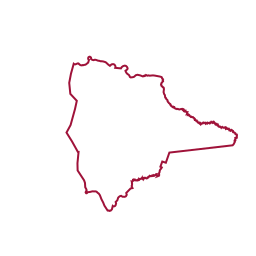 Nanton, Northern, Ghana, rotated 317°
{"feature_id": "2480657B96271436146347", "entity_name": "Nanton", "entity_type": "district", "adm_level": 2, "iso_a3": "GHA", "parent_name": "Ghana", "parent_adm1": "Northern", "projection": "albers", "projection_center": [-0.633, 9.559], "detail": "fine", "context": "isolated", "style": "outline", "palette": "rose", "viewbox_px": 256, "rotation_deg": 317, "n_neighbors": 0, "source": "geoboundaries", "source_scale": "gbopen_adm2", "svg_char_len": 5956}
<svg xmlns="http://www.w3.org/2000/svg" viewBox="0 0 256 256"><g transform="rotate(317 128 128)"><path d="M175.8,145.9L175.7,145.1L176.1,144.3L175.8,144.1L175.4,144.2L175.3,143.6L175.4,143.4L174.9,143.3L174.8,143.1L174.9,141.9L174.8,141.4L174.6,141.1L174.9,140.6L175.0,140.3L174.9,140.1L175.1,139.7L174.9,139.5L175.2,139.1L174.9,137.6L175.1,136.9L175.0,136.3L175.2,135.4L175.5,135.2L175.9,134.3L175.7,133.1L176.2,132.1L176.0,131.6L176.0,131.1L177.4,129.1L177.6,127.8L178.5,126.0L180.9,124.0L181.0,123.6L181.5,123.1L181.6,122.4L181.2,121.7L181.4,121.1L181.2,120.1L181.7,119.5L181.6,118.9L182.9,118.0L183.3,117.9L183.9,118.0L184.6,117.7L185.4,117.8L185.6,117.3L186.3,116.9L186.2,116.5L186.6,116.4L186.9,115.8L186.8,114.9L187.3,114.0L187.2,113.5L186.4,112.1L183.3,107.9L182.1,106.5L179.5,104.5L179.0,103.6L178.0,103.1L177.3,101.5L176.5,101.7L176.2,101.1L175.4,101.2L175.0,100.6L174.4,100.6L174.1,100.5L172.8,97.8L171.2,95.5L169.6,94.7L167.5,94.7L166.3,94.2L164.5,92.9L164.2,91.9L164.7,90.7L164.8,89.8L164.4,87.7L164.4,87.0L164.8,85.2L165.2,84.4L166.6,84.6L167.8,84.5L168.3,84.2L168.6,83.7L168.9,82.7L168.9,81.8L168.8,81.1L168.2,80.2L166.7,79.4L164.9,79.2L163.5,79.6L159.7,75.3L160.3,75.0L160.9,74.3L161.2,73.4L161.3,72.3L160.9,71.4L159.9,70.5L158.8,70.2L157.2,70.2L156.8,68.2L156.6,65.1L156.4,64.4L155.3,62.5L154.2,61.1L153.8,60.9L153.5,60.5L152.6,58.9L152.1,58.5L151.1,56.5L150.4,55.5L149.2,55.0L148.4,53.9L148.0,52.5L148.8,51.5L149.0,51.1L148.8,50.0L148.5,49.6L147.9,49.4L147.4,49.3L146.7,49.6L146.0,50.3L145.9,50.7L146.0,51.5L143.5,53.0L140.6,52.8L139.9,52.6L138.9,51.9L138.3,51.7L137.7,51.0L137.0,50.8L136.1,49.6L135.9,48.8L135.9,48.0L135.7,47.6L135.8,47.1L135.6,46.7L135.1,46.4L132.8,45.5L132.2,44.7L132.1,44.0L123.3,49.4L115.8,54.9L109.1,63.7L109.1,73.2L102.3,77.9L88.0,86.7L79.9,89.4L77.9,99.6L75.0,111.4L75.5,111.8L67.0,119.3L62.2,124.7L60.2,136.3L59.1,138.8L56.3,142.2L55.8,144.2L55.3,145.3L53.8,145.8L53.1,146.2L52.9,147.1L53.2,147.5L53.5,147.6L54.6,147.2L55.4,148.0L56.7,148.9L58.7,150.0L61.2,152.4L61.6,153.3L61.6,154.7L61.9,156.0L61.6,158.0L60.0,162.0L59.0,165.6L57.8,168.7L56.8,174.4L57.2,174.6L57.5,175.2L57.8,175.4L57.8,175.9L59.0,176.6L60.8,176.5L63.7,174.6L63.8,175.3L64.5,175.9L65.5,176.2L66.3,176.0L67.9,175.0L68.5,173.7L70.9,173.6L73.2,172.3L73.9,172.2L75.4,172.3L76.7,172.9L77.1,174.5L78.7,176.1L79.9,176.5L81.5,176.0L82.4,174.3L88.7,174.0L90.3,175.0L91.1,172.9L92.2,172.4L93.0,171.3L93.3,171.2L93.9,170.2L94.5,169.9L94.5,169.7L94.9,170.0L95.2,169.9L95.5,170.1L96.1,169.8L96.1,169.5L96.4,169.2L96.7,169.3L96.8,169.6L97.1,169.8L97.3,169.7L97.6,170.0L97.9,170.4L97.4,171.0L98.1,171.8L98.6,172.0L98.8,172.6L99.8,172.8L99.9,172.5L100.2,172.6L100.5,173.1L100.1,173.2L100.0,173.3L100.5,173.6L101.1,173.5L101.5,172.9L101.8,173.6L102.9,173.9L103.2,174.3L103.4,174.3L103.4,174.0L103.9,174.0L104.0,174.2L104.3,174.1L104.0,174.6L104.0,175.2L104.4,175.0L105.2,175.0L105.4,175.1L105.2,175.5L105.6,175.3L106.0,175.5L106.2,175.9L106.0,176.1L106.3,176.3L106.8,176.3L107.0,176.5L107.0,177.1L107.3,177.7L108.9,178.0L109.1,177.6L109.5,177.7L110.0,177.6L110.7,178.2L111.3,177.9L111.5,178.4L112.0,178.7L112.1,179.0L112.8,179.6L113.3,179.7L113.6,179.3L113.9,179.5L114.0,179.7L114.3,180.0L114.8,180.0L114.9,180.3L114.4,180.7L114.7,180.9L114.9,180.8L115.6,181.0L115.8,181.2L117.0,180.9L117.6,181.3L116.9,181.9L116.9,182.9L117.2,182.8L117.5,183.4L116.8,183.5L117.5,183.8L117.5,184.0L117.2,184.2L118.7,183.7L119.6,182.5L120.3,182.0L121.0,181.8L121.9,181.0L122.8,180.5L124.9,180.2L125.8,179.9L125.3,178.4L130.2,175.9L132.0,179.2L141.5,174.2L192.7,212.0L194.2,211.9L196.7,211.0L197.0,210.2L197.6,210.3L197.8,209.9L198.3,210.0L198.4,209.5L199.1,209.3L199.7,208.4L200.3,208.7L200.3,209.0L200.6,209.3L201.0,208.9L201.5,208.9L201.8,208.3L202.9,207.5L203.1,206.9L202.6,206.3L202.4,205.7L202.5,205.4L202.9,205.1L202.8,203.9L202.1,203.1L202.0,202.7L202.5,202.3L202.8,201.8L202.5,201.2L202.6,200.7L202.4,200.1L202.2,200.2L201.9,199.9L201.4,200.2L201.0,200.0L201.2,199.4L200.6,198.8L201.0,198.4L200.8,198.2L201.3,197.3L200.9,196.9L200.4,196.8L200.1,196.6L200.1,196.1L199.7,195.8L198.9,195.5L199.0,195.3L199.6,195.1L199.6,194.6L200.1,194.7L200.0,194.0L198.8,193.3L198.5,193.4L198.2,193.2L197.8,192.4L197.7,191.7L197.3,191.8L197.0,191.3L196.4,191.4L196.5,191.0L196.1,190.2L196.3,190.1L196.3,189.8L195.8,189.7L195.3,188.9L195.5,188.6L195.4,188.4L195.6,188.2L195.5,187.9L195.8,187.5L195.7,187.1L196.1,186.6L195.9,186.4L195.3,186.5L195.4,186.0L195.0,186.1L194.6,185.6L195.1,185.3L194.6,185.0L194.5,184.8L195.1,184.3L194.9,183.6L194.6,183.5L194.5,183.2L195.0,182.5L195.0,181.7L194.7,181.5L194.4,181.5L194.2,181.8L193.9,181.8L193.8,182.0L193.6,181.6L193.1,181.7L193.0,181.0L192.8,180.8L193.0,180.4L193.0,180.2L192.3,180.3L191.7,180.1L191.3,180.5L191.1,180.5L191.2,180.1L191.0,179.5L190.4,179.4L190.0,179.0L189.3,178.9L189.6,178.4L189.6,178.1L188.0,177.9L188.2,177.6L188.2,177.1L187.6,177.1L187.5,176.3L186.9,175.9L186.8,175.5L186.5,175.6L186.3,175.4L186.0,175.6L185.8,175.4L185.5,175.4L185.4,175.2L184.8,175.0L184.6,174.4L183.8,175.0L183.6,175.0L183.7,174.5L183.5,174.4L183.4,173.8L183.9,173.7L183.5,173.2L183.8,172.8L183.2,172.6L182.9,172.0L182.9,171.6L183.2,171.2L183.3,170.7L183.0,170.5L183.1,170.1L182.9,169.9L183.3,169.4L183.0,169.1L183.0,168.8L182.6,168.6L182.6,168.0L182.4,167.8L183.1,167.1L183.1,166.6L182.8,166.5L183.1,165.7L182.7,164.8L182.9,164.2L182.2,163.6L181.9,162.9L181.6,163.0L181.5,162.9L181.5,162.5L181.8,162.3L181.4,161.6L181.2,160.7L181.4,160.3L181.2,160.1L181.6,160.1L181.6,159.9L181.3,159.7L181.3,159.4L180.9,159.4L180.9,158.5L180.5,158.2L181.4,158.0L181.5,157.7L181.4,157.3L181.6,157.2L181.7,156.9L182.2,156.8L181.5,155.9L181.6,155.4L181.1,154.9L181.4,154.7L180.9,154.5L181.3,154.0L180.4,153.5L180.5,153.2L180.5,152.9L181.0,152.9L181.2,152.7L180.7,152.3L181.0,152.1L180.7,151.7L181.1,151.5L181.0,151.3L180.4,151.3L180.1,150.5L178.1,149.4L177.4,147.9L176.7,147.6L176.5,147.0L176.1,146.6L175.8,145.9Z" fill="none" stroke="#9f1239" stroke-width="2"/></g></svg>